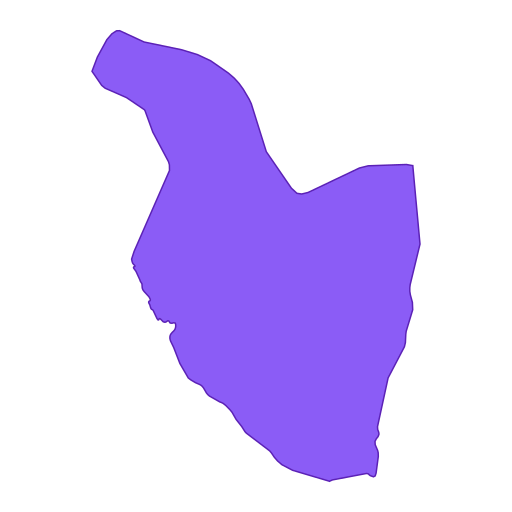 an SVG outline of Gedarif
{"feature_id": "SDN-876", "entity_name": "Gedarif", "entity_type": "State", "adm_level": 1, "iso_a3": "SDN", "parent_name": "Sudan", "parent_adm1": "", "projection": "equal_earth", "projection_center": [34.825, 14.186], "detail": "fine", "context": "isolated", "style": "filled", "palette": "violet", "viewbox_px": 512, "rotation_deg": 0, "n_neighbors": 0, "source": "natural_earth", "source_scale": "10m", "svg_char_len": 2260}
<svg xmlns="http://www.w3.org/2000/svg" viewBox="0 0 512 512"><path d="M410.7,316.4L406.2,331.2L405.8,334.2L405.4,342.6L404.4,346.8L388.1,377.9L377.5,426.7L377.7,429.6L378.6,431.9L378.9,433.2L378.9,434.5L378.0,436.7L376.3,438.8L375.0,441.4L375.2,444.7L377.7,450.6L378.2,452.8L378.3,456.4L376.1,473.0L375.2,475.9L373.5,476.8L370.4,475.7L369.4,475.0L368.8,474.3L368.1,473.8L366.7,473.5L365.8,473.6L332.5,479.9L329.6,481.2L329.5,481.3L329.4,481.3L329.3,481.2L292.6,470.3L281.9,464.7L277.6,461.0L274.3,457.2L271.4,452.9L269.7,450.9L246.3,433.1L245.0,431.7L241.7,426.5L236.1,419.4L232.1,412.4L230.1,409.9L225.7,405.4L223.0,403.3L221.1,402.4L219.9,402.0L209.5,396.1L208.0,394.8L207.2,393.9L206.4,392.9L203.5,387.9L202.1,386.2L200.9,385.2L199.7,384.5L195.5,382.7L190.8,379.9L188.3,378.0L179.9,363.5L173.7,347.5L170.7,341.3L170.2,339.9L169.9,338.4L169.9,336.8L170.2,335.4L170.8,334.1L172.4,332.2L173.3,331.4L174.2,330.4L174.9,329.4L175.4,328.1L175.7,326.6L175.7,325.1L175.6,324.1L175.2,323.1L174.5,322.9L173.4,322.8L172.2,323.2L171.0,323.2L169.9,322.8L169.0,321.2L168.3,320.8L167.7,320.8L165.8,322.1L164.4,322.2L163.1,321.7L161.1,319.6L160.0,318.7L159.3,318.6L158.6,319.9L158.0,319.9L157.0,318.6L153.2,310.5L152.5,309.7L151.5,309.3L150.9,308.4L150.4,307.0L149.9,305.1L148.7,302.7L148.7,301.8L149.1,301.2L149.7,300.9L150.1,300.7L150.3,300.3L150.3,299.5L149.9,298.5L148.9,296.7L144.2,291.6L143.0,290.0L142.4,288.6L142.2,287.6L142.0,284.6L141.9,283.8L141.7,283.4L140.4,281.4L139.7,279.5L136.2,271.8L135.6,270.8L133.8,268.4L133.5,267.7L133.7,267.0L133.9,266.8L134.8,266.5L134.9,266.1L134.8,265.7L134.2,264.9L133.5,264.3L132.7,263.2L132.1,261.6L131.6,259.1L134.1,251.4L169.5,170.5L169.4,164.8L168.5,161.7L152.8,132.1L145.1,110.9L144.8,110.4L144.5,109.8L126.5,97.6L105.1,88.2L101.7,85.4L92.0,71.3L97.4,57.0L106.9,39.6L112.0,33.7L116.5,30.8L119.7,30.7L144.1,42.0L181.8,49.8L197.5,54.6L210.7,60.8L228.4,73.1L234.3,78.2L239.1,83.5L243.3,89.3L249.2,99.3L251.3,103.8L266.3,151.7L291.4,188.2L296.9,193.3L301.7,194.0L308.0,192.5L359.4,168.0L368.2,165.8L406.4,164.5L412.7,165.6L412.8,165.6L414.1,180.0L415.8,198.6L417.5,216.9L420.0,244.1L410.2,284.5L409.8,287.6L409.8,291.4L410.4,295.0L412.4,302.4L412.7,309.8L410.7,316.4Z" fill="#8b5cf6" stroke="#5b21b6" stroke-width="1.5"/></svg>